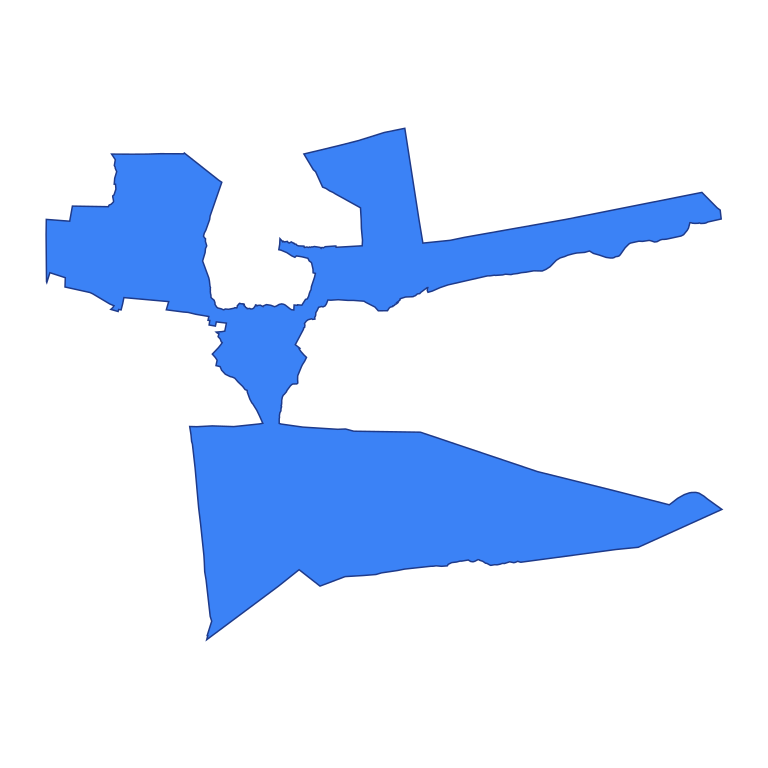 outline of Tianguistenco, México, Mexico
{"feature_id": "50627088B72172195949550", "entity_name": "Tianguistenco", "entity_type": "district", "adm_level": 2, "iso_a3": "MEX", "parent_name": "Mexico", "parent_adm1": "México", "projection": "robinson", "projection_center": [-99.437, 19.162], "detail": "fine", "context": "isolated", "style": "filled", "palette": "blue", "viewbox_px": 768, "rotation_deg": 0, "n_neighbors": 0, "source": "geoboundaries", "source_scale": "gbopen_adm2", "svg_char_len": 6121}
<svg xmlns="http://www.w3.org/2000/svg" viewBox="0 0 768 768"><path d="M189.7,426.5L191.0,434.8L191.6,441.4L192.4,444.0L195.1,468.0L198.6,507.5L200.6,524.1L203.9,555.4L204.3,562.0L204.7,571.7L206.1,580.1L210.2,616.4L211.7,621.2L207.2,635.5L207.8,635.6L206.7,639.7L278.4,586.2L299.1,569.7L320.0,586.1L345.1,576.6L363.6,575.5L376.0,574.5L381.4,572.9L397.6,570.5L404.5,569.1L430.4,566.3L433.5,566.2L436.1,565.8L441.5,566.3L446.9,565.9L447.4,565.8L448.1,564.4L451.7,562.6L456.7,562.0L460.0,561.1L461.8,561.1L468.3,560.0L470.7,561.5L473.0,561.8L474.8,561.3L478.0,559.6L479.4,559.9L479.7,560.3L482.8,561.3L485.5,563.2L486.9,563.4L490.4,565.3L491.2,565.3L494.5,564.7L497.2,564.8L500.1,564.2L502.3,563.4L504.5,563.5L509.7,561.8L513.8,562.7L515.5,562.3L517.7,561.3L520.4,562.2L521.1,562.2L615.9,549.5L638.2,547.3L721.9,509.4L707.4,499.0L704.0,496.2L699.1,493.2L697.6,492.8L695.8,492.4L691.5,492.5L689.2,492.9L684.3,494.6L677.7,498.3L669.3,504.8L615.8,491.1L537.5,471.6L420.4,432.2L353.8,431.2L345.6,429.0L337.7,429.3L302.8,427.1L280.8,424.0L279.2,423.4L279.2,418.8L279.5,417.5L279.4,415.5L279.9,412.6L280.7,411.4L281.0,410.1L280.9,408.9L281.2,408.1L281.1,407.6L281.6,406.9L281.1,405.7L281.6,404.8L281.4,404.0L281.7,403.4L281.7,400.3L282.4,396.9L283.4,395.0L284.1,394.5L286.5,391.7L286.8,390.7L290.4,385.8L292.0,384.4L293.0,384.0L296.7,383.9L297.6,383.4L297.8,382.6L297.6,379.7L297.7,375.8L301.4,366.8L302.4,364.7L304.7,361.1L306.5,357.4L303.9,354.9L300.9,351.5L299.1,348.8L299.9,348.3L295.3,344.7L303.4,329.4L303.6,328.0L304.6,327.4L304.9,325.2L304.5,323.5L306.4,321.0L308.2,319.7L311.7,318.8L312.5,319.4L314.9,319.1L314.7,317.3L315.4,316.2L315.7,315.1L315.8,312.7L317.2,310.4L318.6,307.3L321.5,306.5L323.0,306.9L325.1,305.9L326.4,303.9L327.9,300.0L330.8,300.2L338.2,299.7L348.1,300.4L353.5,300.4L364.1,301.2L365.5,302.2L374.9,307.0L378.3,310.8L387.5,310.7L389.0,308.3L390.2,307.2L392.8,306.5L392.8,305.9L393.8,305.7L394.8,305.0L395.1,304.3L396.1,304.1L397.8,302.8L398.0,302.5L397.1,302.3L399.1,300.8L399.9,300.0L399.7,299.9L400.2,298.7L405.6,297.0L413.1,296.7L413.4,296.4L415.5,295.6L417.4,293.9L419.7,293.6L421.0,292.2L427.2,287.6L427.8,287.6L427.4,288.9L427.3,290.6L428.0,292.3L432.2,291.1L440.1,287.6L448.0,284.9L487.4,275.9L490.4,275.8L494.4,275.2L495.4,275.4L502.7,274.9L505.4,274.2L511.0,274.6L513.3,274.0L517.7,273.5L521.2,272.7L526.0,272.2L533.8,270.8L542.2,271.0L545.9,269.4L550.1,266.7L556.4,260.2L560.2,257.9L564.8,256.5L567.8,255.2L573.0,253.8L576.7,253.0L584.7,252.4L589.5,251.0L593.4,253.4L599.4,255.1L606.1,257.4L610.4,258.0L612.7,258.0L614.3,257.5L615.5,256.7L617.8,256.4L619.1,255.9L620.2,254.8L625.1,247.8L628.9,244.0L630.4,243.1L638.9,241.2L642.5,241.4L649.2,240.4L651.0,240.8L654.5,242.0L657.0,241.7L660.4,239.9L662.4,239.4L664.1,239.4L666.8,239.1L681.1,236.0L683.6,234.7L687.3,230.2L688.5,228.1L689.9,222.7L691.0,222.7L692.4,223.2L694.8,223.4L698.3,223.3L699.2,222.9L700.8,223.5L704.4,223.3L706.1,222.9L707.8,222.0L721.2,219.0L720.2,210.1L717.2,207.9L701.9,192.4L565.8,219.4L464.2,237.4L450.3,240.3L422.9,243.1L419.0,219.7L404.8,128.3L384.2,132.5L358.0,140.7L338.8,145.6L303.9,154.0L313.3,169.7L315.6,171.7L322.6,187.1L325.9,188.4L329.7,190.9L333.0,192.4L335.2,193.8L360.5,207.8L361.2,219.9L361.4,228.4L362.5,240.2L362.2,245.8L336.1,247.3L335.9,246.0L335.1,246.0L325.2,246.7L323.4,247.8L322.2,247.5L321.5,247.6L321.1,248.3L320.1,247.4L314.4,246.5L312.3,247.0L311.4,246.9L310.4,247.4L309.5,247.0L308.4,247.5L306.9,247.0L304.5,247.5L304.2,247.3L304.1,246.2L303.8,246.1L298.5,245.9L296.8,245.2L296.3,244.4L295.9,244.1L294.9,244.2L294.2,243.3L293.5,243.4L293.0,242.7L292.2,242.6L291.6,242.0L291.3,241.9L289.3,243.0L288.2,242.6L287.4,241.4L284.3,241.9L283.2,241.2L282.8,241.8L280.0,238.7L279.7,244.3L278.8,249.7L281.1,250.2L286.8,252.6L291.8,255.9L294.9,257.3L296.4,255.9L301.9,256.8L307.9,258.3L309.2,260.9L311.1,262.3L311.6,263.0L313.0,269.2L313.1,272.8L315.4,273.4L314.5,277.3L311.4,286.6L311.0,289.8L310.3,290.9L309.4,293.2L308.6,296.2L307.3,298.9L305.5,299.4L301.8,305.2L297.6,304.8L297.5,305.3L294.1,305.0L293.8,310.0L291.5,309.7L290.3,309.0L285.2,305.0L283.7,304.3L281.7,303.9L279.2,304.4L276.3,306.1L274.5,306.7L270.9,305.3L266.4,304.6L263.2,306.0L263.0,306.6L260.4,305.2L257.7,305.4L257.0,305.9L255.9,304.8L255.5,305.0L255.3,305.8L253.6,308.2L252.2,308.9L250.7,309.0L249.8,308.4L247.2,308.7L246.8,307.9L245.6,307.4L245.1,306.3L244.2,305.8L244.3,304.4L244.1,304.1L243.8,304.0L243.4,304.4L242.9,303.8L241.2,303.8L239.7,303.3L238.9,303.9L238.2,304.9L237.4,305.5L237.2,306.9L236.8,307.9L234.8,307.7L234.0,308.2L228.5,309.3L225.2,309.0L224.0,309.7L223.2,309.7L221.2,308.8L217.9,308.0L216.7,307.1L215.0,304.4L215.0,302.8L214.1,300.2L211.9,298.4L211.0,297.4L210.9,294.9L210.6,294.1L210.3,291.7L210.4,289.8L210.2,289.0L210.5,287.7L210.0,286.3L209.4,280.8L208.8,277.9L202.6,261.0L205.1,252.6L205.5,248.5L206.6,246.2L206.7,245.7L205.4,241.4L205.5,238.7L204.6,237.9L203.5,236.2L204.3,233.1L205.9,230.1L209.6,219.7L210.1,216.0L221.8,182.3L218.7,180.2L184.3,153.0L183.7,153.8L160.5,153.7L147.2,154.1L132.7,154.2L111.6,154.1L115.3,159.7L114.3,165.5L115.2,167.3L115.3,168.5L116.7,171.6L114.7,178.2L114.2,184.2L115.5,184.2L115.9,189.1L114.0,194.9L112.8,195.8L112.7,196.5L113.6,201.2L113.4,202.0L111.2,204.2L109.1,205.1L108.3,206.7L72.4,206.1L69.7,221.2L46.3,219.4L46.1,234.6L46.5,281.7L46.8,282.5L49.9,272.7L65.3,277.7L65.0,287.0L89.9,292.5L92.7,293.8L110.0,304.1L114.0,305.7L112.8,307.6L110.8,309.4L118.1,311.5L118.6,309.5L121.1,309.9L122.7,303.6L123.9,297.6L168.7,301.6L166.3,309.8L183.2,312.0L188.1,312.4L195.9,314.3L208.8,316.5L208.0,320.3L209.8,320.5L209.1,325.0L215.4,326.1L216.3,321.9L226.4,323.1L224.8,331.1L222.1,331.6L216.2,332.1L217.2,333.0L218.9,333.8L218.1,336.7L220.0,338.7L220.4,339.4L221.2,341.7L222.2,342.6L221.1,344.3L218.4,347.7L212.3,354.1L215.4,357.6L217.1,360.2L216.0,365.6L220.1,366.6L221.6,370.2L225.3,374.2L230.2,376.6L232.4,377.1L234.8,378.2L238.0,381.9L242.7,386.4L245.1,389.6L247.2,390.4L247.3,392.1L249.8,399.0L251.9,403.0L252.6,403.6L256.8,410.3L259.5,415.9L262.8,423.3L259.6,423.9L233.8,426.6L212.2,425.9L196.8,426.7L189.7,426.5Z" fill="#3b82f6" stroke="#1e3a8a" stroke-width="1.5"/></svg>